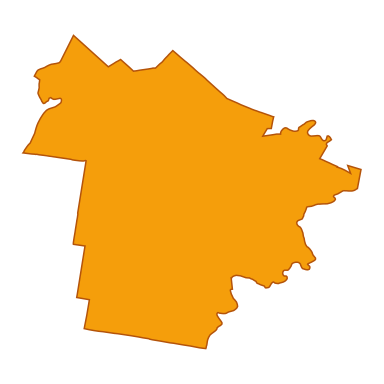 the district of Milcovul, Vrancea, Romania
{"feature_id": "2599482B789818779685", "entity_name": "Milcovul", "entity_type": "district", "adm_level": 2, "iso_a3": "ROU", "parent_name": "Romania", "parent_adm1": "Vrancea", "projection": "orthographic", "projection_center": [27.261, 45.644], "detail": "fine", "context": "isolated", "style": "filled", "palette": "amber", "viewbox_px": 384, "rotation_deg": 0, "n_neighbors": 0, "source": "geoboundaries", "source_scale": "gbopen_adm2", "svg_char_len": 5929}
<svg xmlns="http://www.w3.org/2000/svg" viewBox="0 0 384 384"><path d="M297.8,220.8L298.3,220.5L302.1,219.0L302.5,218.4L302.8,217.6L303.3,216.7L303.6,216.1L303.8,214.8L303.9,214.1L305.2,211.6L306.0,209.5L306.4,208.4L306.5,207.8L306.8,207.1L307.9,206.7L311.4,206.3L313.8,205.5L315.7,204.7L317.6,204.2L318.3,204.1L320.0,204.1L322.6,203.9L327.2,203.8L329.1,203.3L330.9,202.8L332.8,201.9L334.2,201.0L334.8,200.3L335.2,199.7L335.4,199.3L335.3,198.8L335.0,198.1L334.1,197.3L333.6,196.8L333.5,196.5L333.6,196.1L333.8,195.7L334.2,195.2L334.8,194.9L337.1,194.1L337.8,193.9L338.4,193.5L340.7,192.2L342.8,190.9L344.0,190.7L345.6,190.8L346.6,190.8L348.9,191.0L351.9,191.0L353.6,190.6L354.2,190.4L355.6,189.7L356.6,188.9L357.0,188.7L357.4,188.6L361.0,169.5L347.7,165.5L350.6,173.4L344.9,170.2L341.3,168.5L337.1,167.1L337.4,166.6L332.6,164.5L329.3,162.9L326.1,161.5L322.1,159.6L319.7,158.7L327.2,145.9L326.8,145.3L326.3,144.2L326.8,143.0L327.3,142.5L329.9,140.9L331.4,139.7L330.4,137.8L329.4,136.6L328.2,135.9L327.2,136.1L326.2,139.5L325.8,140.2L325.1,140.6L324.4,140.7L323.7,140.7L322.9,140.3L322.1,139.6L321.2,138.2L320.7,137.3L320.2,136.5L319.7,136.1L318.9,135.7L317.0,135.6L315.6,135.8L311.3,136.1L310.3,135.9L309.4,135.5L308.7,134.9L308.1,134.2L307.7,133.4L307.5,132.6L307.6,131.8L307.9,130.8L309.6,128.8L311.6,127.0L314.3,124.9L315.2,123.7L315.6,122.8L315.6,122.2L315.3,121.6L314.7,121.0L314.0,120.7L313.3,120.5L312.6,120.5L311.4,120.6L310.7,120.7L307.0,121.9L306.1,122.4L304.1,124.2L303.2,124.6L299.7,127.0L299.1,127.3L298.7,127.9L298.6,128.4L298.5,129.5L298.3,130.2L297.8,130.7L296.5,131.1L294.9,131.3L293.2,131.1L289.8,129.9L288.2,129.0L286.9,128.1L286.6,128.0L285.4,127.8L284.9,127.9L284.3,128.1L283.7,128.5L282.9,129.1L281.7,130.5L281.2,131.2L280.8,132.2L280.6,133.0L280.6,134.1L276.6,134.1L272.4,134.8L262.8,136.2L264.2,133.7L267.3,128.6L271.3,128.5L272.7,121.0L273.5,117.6L273.7,116.8L272.9,116.7L269.5,115.4L262.6,113.0L261.2,112.5L259.8,112.1L258.2,111.5L256.6,110.9L254.7,110.3L251.5,109.1L250.7,108.7L240.8,104.7L237.5,103.1L233.3,101.3L226.9,98.5L224.2,95.6L222.8,94.3L219.3,91.3L215.6,88.0L206.4,79.6L205.6,78.7L203.2,76.6L198.0,72.4L195.4,70.1L193.1,67.9L186.8,62.5L185.0,61.1L180.4,57.2L176.9,54.1L172.8,50.6L168.8,54.6L167.5,56.1L165.8,57.8L164.6,59.1L162.9,61.2L162.1,62.1L159.7,64.0L155.5,68.1L152.8,68.1L152.3,68.3L148.2,69.0L139.7,70.2L135.9,70.9L134.4,71.0L133.5,71.2L129.6,67.5L120.6,59.5L118.2,60.9L116.2,61.9L113.9,63.4L108.3,66.8L73.5,35.4L60.8,60.8L59.7,62.3L59.0,62.8L56.2,63.5L51.2,64.3L49.1,65.1L46.7,66.3L44.7,67.5L42.8,68.2L40.8,68.8L38.3,69.9L37.6,70.5L36.8,71.5L34.3,76.2L36.5,77.5L37.6,78.4L39.7,79.8L39.4,82.3L39.1,83.9L39.1,86.2L39.2,87.6L39.0,88.7L38.8,89.5L38.6,90.4L38.2,92.0L38.0,92.9L38.1,93.7L39.6,97.1L41.3,100.0L41.5,100.7L41.8,101.3L42.7,102.6L43.0,103.1L43.7,103.5L44.4,103.3L45.2,102.9L46.0,102.1L46.6,101.6L48.1,100.9L48.5,100.2L48.9,98.9L49.1,98.3L50.8,97.6L51.9,98.5L52.8,99.0L53.6,99.3L55.2,99.3L60.0,98.3L60.4,98.4L60.8,98.6L61.1,98.9L61.4,99.5L61.5,100.0L61.4,100.7L61.2,102.0L60.9,102.7L59.9,103.6L56.1,106.3L54.8,107.0L49.7,108.6L48.7,109.0L46.5,110.3L44.0,113.0L42.7,114.8L40.4,118.4L38.0,123.0L37.0,125.4L36.1,128.1L35.2,131.3L34.7,133.3L31.6,139.9L30.2,143.0L28.4,144.8L26.8,146.9L24.4,150.4L23.8,151.9L23.0,152.9L31.6,154.0L34.8,154.2L35.5,154.4L36.8,154.3L39.1,154.8L42.6,155.2L70.8,159.3L72.6,159.9L75.3,160.3L79.5,160.8L82.7,161.0L83.6,161.0L85.4,160.5L86.1,160.8L77.8,212.5L77.7,213.2L77.9,214.0L77.3,218.1L76.8,220.7L76.5,222.9L75.5,229.1L75.1,231.9L74.2,237.2L73.4,242.4L73.3,243.6L73.4,244.3L85.0,246.0L77.3,294.1L76.7,297.5L89.4,299.7L86.8,315.2L84.2,328.6L89.2,329.7L94.2,330.6L98.9,331.3L103.0,331.7L114.4,333.4L117.6,333.7L130.4,335.6L138.2,336.9L142.9,337.8L148.8,338.7L149.3,339.0L149.8,339.2L152.5,339.8L160.5,341.1L170.4,342.9L173.3,343.2L183.1,344.9L190.3,346.0L199.5,347.8L205.8,348.6L206.1,347.8L206.4,346.1L206.8,345.0L207.3,341.5L207.7,339.7L208.6,337.4L209.2,336.4L210.0,335.0L211.6,333.6L214.9,331.2L216.1,330.1L216.7,329.3L216.9,328.7L217.1,327.9L218.1,326.9L219.7,325.8L220.2,325.7L220.8,325.2L221.9,324.1L222.0,322.9L221.3,321.6L218.8,318.2L217.2,315.6L216.9,314.4L216.9,313.7L217.3,313.1L217.7,312.6L218.2,312.6L219.3,313.1L222.2,313.5L223.8,313.6L225.4,313.5L226.1,313.3L226.9,312.9L228.5,312.0L233.5,310.6L234.5,310.0L235.9,308.9L236.8,308.0L237.6,306.4L237.3,304.4L236.5,302.1L234.7,299.8L233.4,298.5L231.3,294.0L230.6,291.6L230.3,290.1L231.0,289.3L232.4,289.2L231.2,278.1L231.5,278.2L232.1,277.2L232.6,276.7L233.2,276.3L234.7,275.7L235.3,275.6L236.1,275.3L237.8,275.5L240.4,275.8L245.9,277.7L248.1,277.9L249.4,277.9L251.0,278.8L252.0,279.1L252.9,279.5L254.5,280.6L255.9,281.3L256.1,281.5L256.5,282.5L256.8,282.9L257.2,283.3L258.6,283.8L260.4,284.7L261.0,284.9L263.6,285.8L264.1,285.9L265.4,287.8L266.1,287.9L268.0,287.6L268.5,287.5L269.0,287.2L269.8,286.4L269.9,285.9L270.6,284.9L271.5,283.3L273.0,282.1L273.6,282.0L275.0,283.1L277.4,283.5L278.7,283.5L279.4,283.1L281.4,282.6L283.1,282.1L284.5,281.4L285.3,280.9L286.6,279.6L287.0,278.9L287.2,278.3L287.1,277.3L287.0,276.8L286.7,276.5L286.3,276.1L285.8,276.0L284.6,276.1L283.7,275.6L282.9,274.5L282.7,273.2L282.9,271.9L283.6,270.7L284.7,270.2L286.7,270.2L287.7,270.2L288.4,269.8L289.7,268.3L290.4,267.2L291.1,266.1L291.5,264.9L292.1,263.6L293.7,262.7L295.8,262.2L298.0,262.3L298.7,262.6L299.6,263.2L300.4,264.1L300.7,265.2L301.6,267.3L302.1,268.0L302.6,268.6L305.8,269.6L306.3,269.7L307.9,269.8L309.3,269.2L309.7,268.4L309.9,267.3L309.7,266.4L308.4,265.2L307.6,264.3L307.8,263.9L309.3,263.1L311.5,262.1L314.0,260.7L314.9,260.1L315.5,259.3L315.5,258.1L313.1,255.1L312.5,253.8L312.1,252.5L311.4,251.2L309.7,248.9L308.2,247.4L307.1,246.8L306.5,246.0L305.5,244.3L304.6,241.3L304.1,238.2L303.5,236.7L303.2,235.1L302.9,233.0L302.3,231.4L301.6,229.5L301.0,228.3L300.1,227.1L298.7,226.3L297.9,225.6L297.0,224.3L296.7,222.7L297.1,221.7L297.8,220.8Z" fill="#f59e0b" stroke="#b45309" stroke-width="1.5"/></svg>